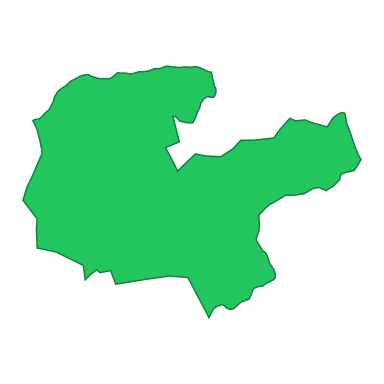 Baroueli, Ségou, Mali
{"feature_id": "8926073B94232083808790", "entity_name": "Baroueli", "entity_type": "district", "adm_level": 2, "iso_a3": "MLI", "parent_name": "Mali", "parent_adm1": "Ségou", "projection": "robinson", "projection_center": [-6.505, 13.036], "detail": "fine", "context": "isolated", "style": "filled", "palette": "green", "viewbox_px": 384, "rotation_deg": 0, "n_neighbors": 0, "source": "geoboundaries", "source_scale": "gbopen_adm2", "svg_char_len": 3187}
<svg xmlns="http://www.w3.org/2000/svg" viewBox="0 0 384 384"><path d="M234.3,308.1L241.3,301.9L244.9,300.6L246.9,299.9L249.0,299.1L250.5,296.2L253.6,288.7L253.8,288.5L254.1,288.3L257.3,286.8L262.0,286.2L263.0,286.0L263.4,285.6L263.6,285.4L265.9,283.6L266.6,283.1L271.1,281.2L271.7,280.5L272.7,280.1L273.8,279.5L275.2,277.6L275.5,274.8L275.0,273.2L273.9,269.9L271.2,265.6L269.9,263.7L267.8,257.8L267.3,256.1L265.4,252.7L264.8,252.1L262.0,250.2L262.0,249.6L256.6,240.6L256.4,240.3L256.4,239.3L256.4,239.2L256.2,238.7L256.3,238.2L257.4,235.4L258.9,230.9L259.0,230.8L259.1,228.3L259.4,224.1L259.1,220.8L258.9,217.6L259.1,214.8L267.5,206.2L267.9,206.2L268.4,205.6L268.9,204.9L269.9,204.4L270.9,204.0L275.9,201.1L277.2,200.2L278.7,199.7L279.0,199.4L280.1,198.5L282.7,197.2L284.1,196.0L285.3,195.4L294.4,195.3L299.9,194.3L300.8,194.2L302.7,194.0L304.0,193.6L305.1,193.2L306.1,192.7L310.6,189.9L312.7,188.6L315.7,188.0L317.4,187.7L319.2,187.5L323.2,189.5L324.1,189.7L325.2,189.9L326.1,190.7L326.2,190.8L327.7,189.5L330.1,188.1L333.4,186.1L339.9,179.5L340.1,177.8L341.2,174.2L341.6,173.9L342.4,173.7L343.1,173.4L347.6,171.8L349.7,171.6L350.8,171.4L352.2,171.0L352.5,170.9L354.2,170.5L357.7,165.2L359.0,163.0L361.0,159.5L360.5,158.8L359.1,155.9L357.7,153.8L357.0,151.5L355.3,147.4L349.9,131.6L346.7,123.5L344.8,113.2L341.7,112.6L337.8,114.3L333.0,117.9L327.2,126.9L310.8,122.3L305.3,119.9L295.4,120.9L290.0,118.2L285.0,123.8L279.9,129.4L273.9,138.0L253.8,140.2L240.8,140.3L232.9,148.8L220.8,156.7L206.4,156.1L195.4,153.9L177.5,171.1L175.2,166.0L165.6,147.6L172.5,144.6L179.4,141.9L172.9,116.2L176.1,117.0L178.3,119.5L179.7,121.1L182.5,121.7L186.6,122.7L192.8,122.9L194.9,119.1L196.2,115.5L197.7,111.5L199.7,108.0L201.0,103.1L203.6,99.1L206.3,97.0L208.6,96.8L211.0,97.4L214.0,97.1L214.8,95.4L215.8,93.5L216.0,89.3L214.2,85.1L211.9,75.0L211.5,72.2L208.3,71.7L206.9,70.9L206.3,70.7L203.7,69.4L199.9,67.7L195.8,66.6L191.0,67.2L189.9,67.2L188.4,67.1L186.5,67.0L183.1,67.0L178.9,67.6L176.3,67.2L173.5,66.8L172.2,66.7L171.1,66.7L169.1,66.5L168.1,66.4L166.9,66.2L165.6,66.5L163.5,67.0L162.0,68.0L159.9,68.5L157.7,68.7L156.4,68.8L154.7,68.6L153.5,69.1L152.3,69.5L150.8,70.1L150.3,70.3L147.1,71.2L142.5,71.8L139.4,71.7L138.3,72.0L136.2,72.6L132.7,73.6L130.0,74.0L128.2,73.6L125.8,73.1L124.3,73.1L121.8,73.1L121.0,73.1L117.6,72.7L116.9,73.4L115.6,74.4L113.5,76.2L110.7,78.3L107.6,78.7L106.9,78.9L104.1,78.8L102.9,78.8L100.8,78.7L99.0,78.6L98.1,78.4L94.3,77.2L91.5,76.4L88.4,74.7L84.3,74.8L79.6,76.5L72.8,80.1L72.4,80.4L70.7,81.2L70.4,81.5L65.2,86.4L63.2,87.3L60.5,89.3L59.6,89.9L57.4,92.1L54.6,96.7L53.1,102.2L51.9,104.2L49.1,109.6L47.5,111.0L44.6,113.5L43.9,114.3L40.9,117.7L38.3,119.1L35.7,119.5L34.7,119.6L32.9,120.6L36.7,128.6L39.9,140.4L42.3,152.8L33.5,173.6L27.0,187.2L23.0,200.3L27.5,206.2L37.2,219.0L36.4,228.6L37.2,248.1L39.7,248.5L56.1,252.0L76.7,262.1L83.4,265.5L85.2,279.8L91.6,273.7L96.5,269.9L100.1,272.7L110.6,270.6L115.8,284.2L146.0,279.3L169.1,276.0L187.9,277.5L208.8,317.3L209.0,317.8L211.1,313.6L212.2,311.4L212.3,311.2L213.5,308.7L216.5,306.6L219.8,305.3L222.6,304.6L224.0,305.5L226.8,308.2L229.6,309.4L232.5,309.1L234.3,308.1Z" fill="#22c55e" stroke="#15803d" stroke-width="1.5"/></svg>